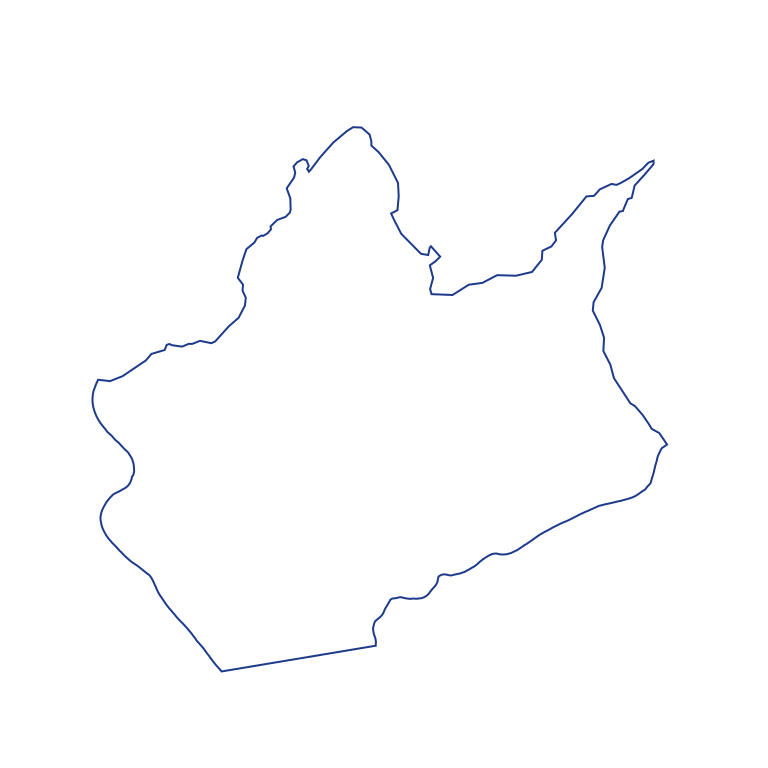 Honeymoon Beach, Saint Lucia, rotated 261°
{"feature_id": "8701671B64660107039204", "entity_name": "Honeymoon Beach", "entity_type": "district", "adm_level": 2, "iso_a3": "LCA", "parent_name": "Saint Lucia", "parent_adm1": "", "projection": "natural_earth1", "projection_center": [-60.906, 13.777], "detail": "fine", "context": "isolated", "style": "outline", "palette": "blue", "viewbox_px": 768, "rotation_deg": 261, "n_neighbors": 0, "source": "geoboundaries", "source_scale": "gbopen_adm2", "svg_char_len": 6092}
<svg xmlns="http://www.w3.org/2000/svg" viewBox="0 0 768 768"><g transform="rotate(261 384 384)"><path d="M125.5,178.5L126.8,334.9L128.7,335.2L130.5,335.7L132.3,335.7L134.2,335.7L137.9,335.0L139.7,334.8L141.6,334.8L143.4,334.8L145.1,335.2L148.7,336.7L150.4,337.6L151.7,339.0L152.7,340.8L153.7,342.6L154.9,344.4L156.1,345.9L157.6,347.2L159.0,348.2L160.9,349.3L162.5,350.5L164.1,351.9L165.5,353.0L166.9,354.2L170.0,356.6L170.8,358.6L170.7,360.6L170.6,362.7L170.9,364.8L170.9,366.0L170.8,367.1L170.2,368.9L169.2,371.2L168.4,373.5L168.0,374.9L167.6,377.0L167.6,379.0L167.1,381.1L166.7,383.1L166.7,385.3L166.6,387.5L167.0,389.7L167.5,391.2L167.9,392.3L168.5,393.5L169.7,395.2L171.4,396.9L172.8,398.4L174.2,400.0L175.4,401.6L176.7,403.1L178.1,404.4L179.7,405.6L183.1,406.9L184.9,407.5L185.7,408.5L186.6,411.0L186.6,413.5L186.0,415.8L185.4,417.2L184.6,419.3L184.4,421.4L184.7,423.5L184.9,427.6L185.0,429.7L185.5,432.1L185.8,434.3L186.7,436.5L187.3,438.5L188.1,440.4L189.0,442.8L189.8,444.9L190.8,446.7L191.8,448.5L193.0,450.1L195.1,453.7L196.0,455.7L197.5,459.0L198.4,461.4L199.2,464.3L199.2,466.4L199.0,468.5L198.2,470.4L197.5,472.3L197.0,474.6L196.8,476.6L196.7,478.7L196.9,480.8L197.2,483.1L197.9,485.4L198.5,487.2L199.0,489.4L199.9,491.3L200.8,493.3L202.0,495.6L202.9,497.6L203.6,499.6L204.6,501.6L205.5,503.6L206.5,505.6L210.6,513.8L212.2,518.0L213.0,520.1L213.7,522.5L215.3,526.8L216.1,528.9L217.4,533.3L218.0,535.0L218.7,537.3L220.2,543.5L220.8,545.6L222.7,551.6L224.0,555.4L224.8,557.9L226.6,564.5L227.0,566.5L227.7,568.7L228.8,572.9L229.3,574.6L230.0,577.3L230.2,579.6L230.4,581.7L230.6,583.8L230.7,585.9L230.8,588.2L231.1,592.6L231.3,594.7L231.7,600.8L232.0,603.4L232.3,606.2L232.8,609.9L233.4,612.5L233.8,613.9L234.3,615.3L234.8,616.6L235.4,617.9L237.4,621.9L238.2,623.8L239.1,625.6L240.6,627.2L242.0,628.7L243.1,630.3L244.4,631.8L248.4,633.6L250.0,634.4L253.4,636.1L255.2,636.9L260.5,639.0L263.9,640.6L265.6,641.4L267.4,642.1L268.5,642.5L270.9,643.8L272.3,644.7L273.0,645.3L274.2,646.1L276.0,647.3L277.4,648.7L278.2,650.6L279.0,652.3L280.0,654.1L292.5,648.2L297.8,641.4L303.0,639.3L313.0,634.6L322.9,628.4L326.4,624.3L353.9,612.0L367.7,610.6L382.3,605.8L395.2,608.6L408.6,606.5L423.8,601.7L432.0,603.8L444.9,614.0L464.2,620.2L485.2,620.9L491.6,622.9L505.1,631.8L517.4,643.5L517.4,646.9L528.5,653.7L529.1,657.8L540.8,662.6L550.1,674.2L558.9,684.5L562.4,685.2L561.2,679.7L556.0,672.9L549.0,658.5L545.4,648.9L544.3,644.8L546.0,640.0L542.5,627.7L537.0,620.9L537.6,613.3L522.3,596.2L506.6,576.4L499.0,576.4L493.7,570.9L490.8,561.3L482.0,559.3L471.5,547.7L470.3,531.2L473.8,512.8L468.5,497.0L468.8,483.3L461.2,465.6L465.3,445.0L470.6,444.4L481.1,449.1L494.0,447.8L497.5,454.6L501.0,459.4L512.7,451.9L511.5,450.5L504.5,447.8L506.8,440.9L529.7,424.5L544.3,419.7L551.3,417.7L553.6,424.5L567.1,427.9L580.5,429.3L599.8,423.1L613.9,414.9L621.5,408.8L625.6,409.5L632.6,408.8L640.8,401.9L642.5,393.7L639.6,386.9L630.5,371.8L618.3,356.8L607.7,345.8L605.4,343.1L607.1,342.4L608.3,341.7L611.2,343.8L617.1,342.4L618.8,339.0L616.5,332.8L613.0,328.7L606.6,329.4L601.9,327.4L592.5,318.5L582.0,320.5L570.9,319.1L568.0,317.8L564.5,313.0L562.7,304.1L557.4,296.6L554.5,296.6L551.0,292.5L549.2,287.7L549.8,286.3L548.1,281.5L544.0,278.1L538.7,269.2L528.2,263.7L511.8,256.2L504.2,260.3L498.4,258.9L490.8,261.0L483.2,258.9L472.1,250.7L465.3,239.8L452.5,224.0L451.3,219.9L455.4,209.0L453.6,200.8L454.2,197.4L452.5,190.5L455.4,180.9L457.1,178.2L456.6,175.5L451.9,172.7L450.1,159.0L444.3,152.2L442.5,148.1L432.6,126.9L429.7,113.9L432.9,102.3L431.6,101.4L431.0,100.9L429.0,99.7L427.6,98.8L426.8,98.5L425.4,97.6L424.6,97.2L422.5,96.0L420.2,95.1L418.6,94.6L417.9,94.6L416.8,94.2L415.2,93.8L414.3,93.7L413.6,93.5L412.8,93.5L412.1,93.4L411.3,93.3L410.5,93.2L409.8,93.3L409.0,93.2L406.3,93.3L402.8,93.7L402.1,93.9L401.2,93.9L399.6,94.4L398.8,94.5L398.0,94.8L397.3,94.9L395.8,95.4L395.0,95.7L393.5,96.2L391.9,96.9L391.1,97.2L389.7,97.9L387.5,99.1L385.7,100.1L382.5,102.0L380.4,103.0L379.7,103.5L379.0,104.0L378.4,104.6L375.1,107.2L373.4,108.2L372.6,108.7L371.8,109.2L371.0,109.7L369.7,110.8L369.0,111.4L367.2,113.0L366.5,113.4L365.8,113.8L365.1,114.3L363.0,115.7L361.7,116.6L361.0,117.0L359.8,117.9L357.6,119.7L356.9,120.1L355.6,121.0L354.8,121.2L351.9,122.5L349.7,123.4L347.5,123.7L346.7,123.9L345.8,124.0L345.0,124.1L343.1,124.1L340.7,124.0L339.9,123.9L336.5,123.5L333.4,122.1L332.8,121.6L332.2,120.9L331.5,120.5L330.6,120.2L329.1,119.5L327.8,118.7L327.0,118.3L326.4,117.9L325.7,117.4L324.5,116.2L323.9,115.6L323.3,114.8L322.9,114.2L322.4,113.4L321.6,111.7L321.3,111.0L320.8,109.3L320.0,107.5L319.7,106.5L319.4,105.7L319.1,104.9L318.9,104.0L318.3,102.0L318.0,101.1L317.3,99.4L316.9,98.7L314.9,96.0L313.7,94.6L312.3,93.0L310.3,91.0L309.7,90.5L308.8,89.8L306.7,88.2L306.1,87.7L304.6,86.7L304.0,86.2L302.6,85.4L301.9,85.0L299.0,83.8L296.6,83.1L295.0,82.9L294.2,82.8L292.2,82.8L291.4,82.9L289.7,82.9L287.9,83.1L287.1,83.2L286.3,83.3L285.6,83.5L284.6,83.7L281.1,84.8L278.6,85.7L277.1,86.4L274.0,88.0L273.1,88.5L271.4,89.7L270.6,90.1L269.8,90.6L267.1,92.5L266.4,93.0L265.8,93.5L261.0,96.6L258.4,98.6L257.7,99.0L254.3,101.4L251.5,103.7L248.7,106.0L247.4,107.3L246.1,108.6L245.6,109.2L245.1,109.8L244.4,110.5L243.2,111.9L241.8,113.2L240.5,114.4L238.7,116.0L237.8,116.8L236.4,118.1L234.5,119.8L233.8,120.4L232.0,122.3L231.3,122.7L228.9,123.9L226.5,124.8L224.0,125.5L223.3,125.8L222.5,125.9L221.6,126.2L220.9,126.3L220.0,126.7L219.2,126.9L218.2,127.1L215.8,127.7L213.9,128.3L212.4,128.8L211.7,129.1L209.4,130.1L206.3,131.6L203.3,133.0L202.6,133.3L200.5,134.3L199.0,135.1L198.2,135.6L197.4,136.0L195.3,137.2L194.6,137.7L191.8,139.4L190.4,140.3L188.6,141.4L186.9,142.3L185.6,143.2L184.1,144.1L182.1,145.5L180.8,146.4L179.5,147.4L178.1,148.4L171.9,152.4L170.3,153.3L169.4,153.8L168.0,154.7L167.0,155.2L165.4,156.0L162.4,157.7L161.6,158.0L159.3,159.1L158.0,160.0L156.7,160.9L155.3,161.7L152.5,163.5L151.0,164.4L148.5,165.6L146.9,166.5L145.9,166.9L143.7,168.2L139.3,170.4L138.5,170.9L137.7,171.2L135.5,172.5L133.9,173.4L133.3,173.8L132.6,174.1L127.7,177.3L126.2,178.2L125.5,178.5Z" fill="none" stroke="#1e3a8a" stroke-width="2"/></g></svg>